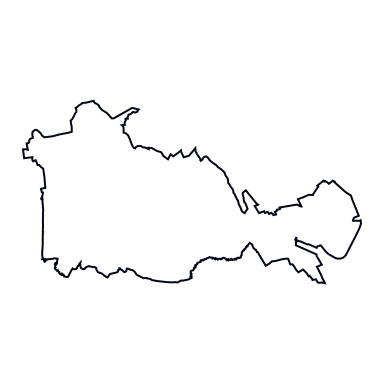 Margineni, Bacau, Romania (Natural Earth projection)
{"feature_id": "2599482B26421783388183", "entity_name": "Margineni", "entity_type": "district", "adm_level": 2, "iso_a3": "ROU", "parent_name": "Romania", "parent_adm1": "Bacau", "projection": "natural_earth1", "projection_center": [26.8, 46.608], "detail": "fine", "context": "isolated", "style": "outline", "palette": "ink", "viewbox_px": 384, "rotation_deg": 0, "n_neighbors": 0, "source": "geoboundaries", "source_scale": "gbopen_adm2", "svg_char_len": 5960}
<svg xmlns="http://www.w3.org/2000/svg" viewBox="0 0 384 384"><path d="M188.6,279.4L191.2,278.1L190.3,277.3L190.5,276.2L191.6,276.4L191.3,275.2L191.5,273.9L190.7,273.8L190.5,273.3L190.9,272.5L190.7,271.4L191.3,270.8L193.1,270.2L194.1,268.8L193.9,267.9L194.1,267.6L195.4,267.5L195.7,267.0L195.3,266.3L195.9,265.7L195.4,265.2L197.2,264.1L197.1,263.3L198.2,262.6L200.6,261.9L200.5,261.2L200.7,260.3L201.2,260.1L202.0,260.5L203.1,259.7L203.7,260.2L204.6,259.2L206.1,259.1L206.6,258.3L207.9,258.1L209.5,257.1L210.6,257.5L211.7,257.5L212.3,258.5L213.2,257.8L214.2,258.7L215.1,258.2L215.5,259.2L216.4,258.5L217.1,258.5L217.8,259.6L219.7,258.7L220.4,259.1L221.0,258.7L221.6,259.1L223.0,257.9L223.6,257.8L224.4,257.9L225.9,259.1L226.6,259.1L226.7,260.1L227.7,259.8L228.2,260.5L228.8,260.2L228.1,259.7L228.6,259.2L228.8,259.5L230.3,259.9L231.1,259.0L231.6,259.7L232.4,259.9L232.8,259.3L234.3,259.6L234.7,258.8L235.2,258.7L235.6,259.6L236.1,259.6L236.4,259.3L236.2,258.6L237.6,257.8L237.9,257.7L238.4,258.1L240.6,257.6L240.8,257.3L240.7,256.3L241.6,255.3L241.7,253.5L242.2,251.7L243.3,250.4L244.2,250.3L244.3,249.2L245.5,248.6L246.0,247.0L246.8,246.7L246.8,246.2L247.3,246.2L247.1,245.7L247.8,245.3L249.8,242.7L252.3,244.7L252.3,245.7L252.8,246.2L253.5,248.1L255.4,249.8L255.9,249.8L256.9,252.0L257.6,252.0L265.7,265.7L269.1,263.8L272.2,261.2L274.7,261.2L282.1,259.2L286.9,258.6L288.2,258.8L290.0,263.7L290.5,264.5L292.4,264.3L294.5,266.9L296.2,269.9L298.4,272.3L303.0,269.5L307.0,273.5L308.7,276.3L309.6,275.8L312.1,278.9L312.5,280.0L315.8,279.3L318.0,282.7L322.2,282.6L324.9,283.2L324.4,281.9L322.6,278.7L320.9,274.5L316.9,266.8L321.8,264.7L316.8,256.3L316.6,255.7L316.5,254.4L295.9,245.3L296.0,241.7L295.3,239.4L296.1,237.8L296.4,237.9L296.2,240.0L296.8,241.5L298.0,240.6L299.4,241.3L300.3,241.3L307.5,244.5L308.5,244.2L309.2,244.5L316.7,247.8L317.5,246.3L320.8,245.4L326.1,252.0L328.4,254.0L335.7,258.2L338.3,258.7L340.8,258.5L343.3,257.6L345.7,255.4L356.5,234.4L359.2,228.7L361.0,223.8L360.7,220.5L360.6,220.2L359.6,220.8L353.0,220.7L353.4,218.9L354.2,217.6L358.8,215.8L352.6,200.4L350.9,195.5L345.7,192.2L334.1,181.9L334.5,181.5L332.9,180.6L328.9,183.8L328.3,183.1L324.9,180.9L324.1,181.5L323.4,180.8L317.3,185.7L318.3,186.6L313.5,193.6L312.9,195.1L308.6,194.8L303.7,197.1L297.9,199.2L301.4,206.4L300.3,206.4L297.4,204.7L296.7,204.6L279.6,207.5L280.2,208.8L278.9,209.4L276.9,209.7L276.8,210.7L274.9,211.9L276.1,214.4L273.4,215.1L273.2,214.4L271.3,212.8L269.0,214.0L267.7,211.9L265.0,212.9L264.1,211.2L259.0,213.1L254.7,205.9L258.0,204.7L256.5,203.5L245.8,190.3L242.8,192.7L242.7,194.2L243.6,197.5L243.8,200.2L244.4,202.4L245.4,203.2L247.5,208.6L247.2,209.3L247.3,209.5L246.3,210.5L244.7,213.1L243.7,212.6L242.5,211.8L241.7,210.6L240.6,207.8L238.8,204.3L238.0,200.5L236.9,199.3L236.2,197.4L235.5,196.4L234.8,194.3L233.5,192.9L233.3,191.0L232.8,189.5L230.1,185.9L229.8,184.8L228.3,183.2L227.8,178.8L225.5,175.4L224.5,172.5L221.5,169.5L218.7,167.7L215.6,164.7L212.1,162.4L209.5,160.0L207.8,157.5L206.0,156.4L203.7,157.2L202.6,159.3L200.9,160.8L200.3,160.1L200.7,159.4L196.6,153.6L196.4,152.6L195.5,151.4L195.3,148.2L189.1,155.7L183.7,157.3L181.1,151.7L181.0,150.4L177.8,153.1L173.2,156.3L170.6,154.2L168.0,159.3L163.7,156.3L161.3,152.3L156.8,150.9L151.9,148.1L148.4,147.8L148.6,149.1L145.1,147.5L142.6,147.3L141.2,146.1L140.0,146.0L137.6,146.1L135.7,147.4L135.2,148.3L133.7,147.7L132.2,145.6L129.8,139.0L129.0,137.5L128.2,135.4L125.5,133.1L123.6,132.7L123.6,127.8L122.9,126.1L121.9,125.2L124.8,124.8L124.6,124.5L124.7,122.6L125.8,120.1L125.4,119.0L125.7,118.7L127.8,118.7L127.6,116.8L128.3,115.9L128.6,114.6L129.4,114.5L131.2,113.7L132.9,112.0L133.6,112.0L134.7,112.5L136.4,112.2L137.3,111.7L137.3,111.0L138.0,110.5L138.1,109.6L138.4,109.4L132.1,107.9L115.0,117.7L113.5,118.4L111.8,118.4L106.9,113.0L102.1,110.0L99.4,107.0L98.8,105.5L97.2,104.1L94.8,103.0L94.1,102.1L93.7,100.8L86.4,102.6L82.1,103.0L81.6,103.9L78.2,105.9L77.3,107.0L75.6,107.9L76.4,109.9L76.3,112.1L74.9,113.8L73.7,116.6L73.0,117.6L72.2,119.2L70.6,120.7L71.7,127.0L71.8,131.7L69.9,132.4L58.8,134.6L52.6,136.3L44.4,137.3L42.1,135.6L40.5,133.0L37.6,130.6L36.8,130.0L35.6,129.8L34.5,130.2L32.5,132.0L32.3,133.4L32.4,135.5L32.8,136.7L32.7,138.0L31.1,138.4L29.5,139.6L29.0,142.1L28.4,143.1L26.6,143.4L27.8,149.7L26.4,149.3L23.0,149.3L24.1,158.2L32.4,157.2L32.3,159.9L33.2,161.3L35.6,160.2L36.9,162.9L37.5,165.1L39.3,165.0L40.8,166.9L43.2,168.6L44.5,177.8L45.1,185.5L45.4,187.0L45.2,188.0L44.2,187.8L43.5,188.3L41.0,188.8L41.8,192.2L42.9,192.5L42.7,194.8L42.1,196.3L42.2,197.0L41.1,198.6L41.4,199.1L42.4,198.3L42.5,198.7L42.5,202.2L43.2,209.9L42.9,214.5L43.1,215.8L42.9,219.1L43.0,227.3L42.8,231.3L43.2,232.0L42.8,233.1L42.7,245.0L42.1,254.5L42.6,257.8L42.9,258.1L42.3,259.1L44.9,259.1L43.9,260.6L44.6,261.8L45.2,261.5L46.4,259.7L47.1,259.7L47.7,259.2L50.0,259.1L53.5,258.6L53.9,258.3L57.6,258.7L57.0,261.8L57.0,263.5L56.1,264.7L56.0,263.9L55.4,263.2L55.0,263.7L54.9,263.9L55.3,264.2L55.0,264.8L55.2,265.3L55.0,267.2L55.3,267.4L54.9,267.7L54.8,268.4L56.9,270.7L57.7,270.2L58.4,271.7L59.2,272.0L59.2,273.1L60.3,274.3L61.1,274.5L61.2,274.3L60.9,273.9L61.0,273.7L61.8,273.7L61.4,274.7L61.6,275.0L62.3,275.0L62.5,274.6L63.4,274.7L64.2,275.6L64.1,276.4L66.9,277.1L67.9,276.9L68.7,275.7L71.3,270.4L72.6,268.5L73.0,268.9L73.9,269.2L75.9,269.2L77.1,267.9L77.5,266.6L78.9,265.2L79.4,263.7L80.4,262.6L80.1,264.2L80.4,264.8L80.2,265.7L81.0,267.9L81.9,268.7L83.7,269.2L84.6,269.0L85.7,267.4L88.7,266.1L92.3,267.0L94.9,267.2L96.2,267.9L96.4,269.4L96.9,270.6L98.1,272.3L101.6,273.4L105.4,276.4L107.4,277.5L110.0,274.0L116.9,272.4L118.0,271.6L118.1,270.1L119.1,269.6L119.4,268.2L120.3,268.5L120.7,269.4L122.1,270.1L124.2,272.1L125.3,271.9L126.2,271.2L126.8,268.7L128.0,268.7L130.8,269.9L132.8,270.2L135.0,272.1L136.6,274.7L143.5,278.2L145.9,278.0L150.6,279.1L152.0,280.1L157.7,281.1L166.8,282.1L172.2,282.4L175.5,282.1L177.4,282.5L181.3,280.5L183.1,280.6L188.6,279.4Z" fill="none" stroke="#020617" stroke-width="2"/></svg>